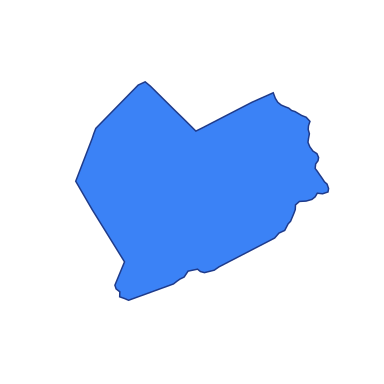 outline of Batalha, Alagoas, Brazil, rotated 302°
{"feature_id": "56859067B6821079031532", "entity_name": "Batalha", "entity_type": "district", "adm_level": 2, "iso_a3": "BRA", "parent_name": "Brazil", "parent_adm1": "Alagoas", "projection": "albers", "projection_center": [-37.075, -9.708], "detail": "fine", "context": "isolated", "style": "filled", "palette": "blue", "viewbox_px": 384, "rotation_deg": 302, "n_neighbors": 0, "source": "geoboundaries", "source_scale": "gbopen_adm2", "svg_char_len": 1080}
<svg xmlns="http://www.w3.org/2000/svg" viewBox="0 0 384 384"><g transform="rotate(302 192 192)"><path d="M260.6,93.9L254.2,89.7L202.8,78.4L195.0,76.7L189.3,77.8L184.4,79.0L139.5,87.7L124.3,116.4L97.0,171.8L72.1,176.0L69.6,179.0L69.1,183.7L64.8,186.2L65.9,191.2L66.6,195.6L104.2,225.0L108.6,226.6L111.7,227.9L115.7,230.4L122.8,230.6L129.5,237.6L129.0,241.3L130.2,245.3L137.5,252.3L142.9,254.6L196.8,286.5L203.2,287.5L208.6,291.0L215.9,290.4L219.5,291.1L228.0,289.7L231.8,288.9L235.9,286.6L240.9,288.1L244.8,293.6L249.2,297.6L253.1,299.0L257.4,298.9L259.7,303.7L264.1,307.3L267.3,306.0L270.3,302.3L270.8,299.0L272.6,295.1L274.4,290.8L275.9,287.4L277.2,284.0L281.3,282.0L285.3,282.3L288.3,281.1L290.7,277.7L290.8,272.8L292.8,267.9L295.6,264.0L299.0,262.5L303.6,260.7L306.6,257.4L309.9,255.7L314.4,254.6L315.9,249.2L315.0,244.4L314.9,240.6L314.8,236.7L313.9,233.3L314.4,229.5L313.7,226.1L313.0,221.6L313.5,217.2L315.6,213.0L319.2,208.3L299.9,195.3L251.2,166.4L245.7,163.0L249.6,145.9L251.8,135.7L259.7,100.7L260.6,93.9Z" fill="#3b82f6" stroke="#1e3a8a" stroke-width="1.5"/></g></svg>